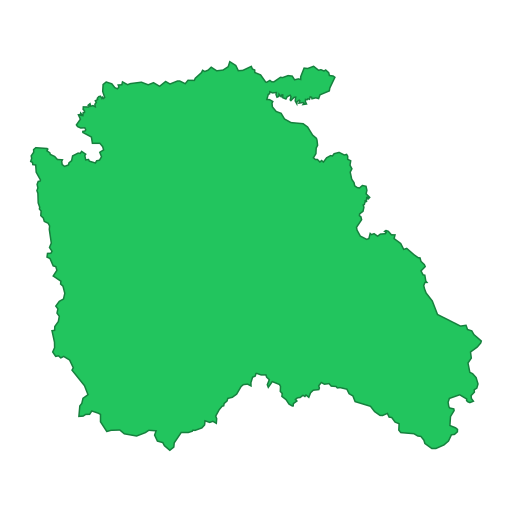 Morafenobe, Melaky, Madagascar
{"feature_id": "10022922B27026898293410", "entity_name": "Morafenobe", "entity_type": "district", "adm_level": 2, "iso_a3": "MDG", "parent_name": "Madagascar", "parent_adm1": "Melaky", "projection": "orthographic", "projection_center": [45.038, -17.912], "detail": "fine", "context": "isolated", "style": "filled", "palette": "green", "viewbox_px": 512, "rotation_deg": 0, "n_neighbors": 0, "source": "geoboundaries", "source_scale": "gbopen_adm2", "svg_char_len": 5889}
<svg xmlns="http://www.w3.org/2000/svg" viewBox="0 0 512 512"><path d="M473.4,401.2L471.4,398.5L471.1,395.6L474.4,392.1L474.2,389.8L476.8,388.1L478.0,384.0L476.1,377.6L472.6,373.7L469.8,372.3L468.0,363.0L471.3,358.1L470.5,352.0L477.3,347.0L480.7,343.0L481.3,341.0L473.9,334.6L471.8,330.9L467.5,329.5L466.0,325.3L460.5,326.1L437.5,314.5L432.3,301.0L426.1,293.0L424.6,289.1L423.7,285.6L424.9,282.5L426.9,282.4L425.8,281.1L424.8,275.2L423.1,274.9L421.0,270.9L425.2,266.6L424.4,264.7L421.0,261.4L420.0,257.9L418.2,257.7L414.2,254.9L406.7,248.4L403.7,249.4L400.7,243.5L394.1,238.6L395.0,234.9L391.4,234.8L388.3,231.3L386.0,230.5L384.6,231.4L386.2,232.4L385.4,233.7L380.4,234.1L377.6,236.2L374.1,233.7L371.4,234.6L370.2,233.5L368.9,238.5L366.8,239.4L360.3,236.1L357.0,230.1L356.5,227.3L361.6,219.7L360.9,216.8L359.4,215.7L359.6,213.9L363.0,211.3L363.9,207.3L363.2,205.0L364.4,204.4L364.9,202.1L366.3,201.5L365.4,200.7L366.5,200.2L366.7,197.5L367.5,197.3L368.2,198.9L369.7,197.4L366.1,193.8L366.9,190.3L366.0,186.3L362.4,185.5L359.5,188.0L357.2,187.6L354.7,185.8L354.0,182.6L351.7,179.2L350.2,172.1L351.9,168.8L350.0,165.2L350.7,160.8L347.7,159.3L347.7,156.2L346.6,154.4L344.3,155.0L339.1,152.4L334.1,153.7L332.4,156.0L330.6,155.6L326.6,157.8L323.4,162.1L321.6,160.5L319.9,162.0L317.4,159.5L315.3,159.5L313.4,157.8L315.9,153.7L316.2,148.0L317.6,145.3L317.0,140.2L316.4,138.3L312.6,135.1L307.6,127.0L303.1,123.7L291.0,122.6L284.5,119.0L281.1,113.3L276.2,111.5L272.4,106.9L272.0,103.2L272.8,101.5L269.5,99.6L266.8,99.5L268.3,94.3L269.6,93.8L269.8,91.7L272.4,92.9L276.4,92.5L276.0,94.5L277.0,97.2L278.8,96.4L279.0,94.2L281.1,96.7L282.0,94.7L282.8,94.9L282.8,97.7L285.9,99.0L287.2,96.7L290.1,95.2L291.0,96.6L290.2,99.9L290.9,100.6L294.1,97.3L295.7,97.1L295.2,100.9L296.8,103.8L297.0,101.7L299.2,100.1L299.9,100.8L299.0,103.1L303.2,102.5L304.0,103.2L303.1,104.5L306.5,104.0L305.4,101.7L305.5,99.4L307.1,99.7L307.9,98.7L309.5,99.3L310.2,96.8L311.6,97.3L312.0,98.8L315.8,97.8L318.6,98.6L320.0,94.8L329.3,90.9L329.8,88.0L334.9,77.3L333.1,76.0L329.4,75.5L328.7,72.7L325.7,70.0L324.0,71.0L320.9,69.7L318.6,70.3L313.6,66.3L307.7,68.5L304.1,68.1L300.7,76.7L300.7,79.5L298.4,78.9L294.6,79.8L292.2,76.1L288.1,75.6L282.6,77.6L280.5,77.3L273.8,81.9L271.7,81.8L269.9,80.4L266.6,82.3L265.6,82.0L260.6,74.9L254.8,72.5L254.7,70.0L252.4,69.0L251.3,66.4L242.8,70.4L238.3,70.7L235.8,65.5L229.8,61.7L228.2,66.7L223.0,70.1L216.7,70.8L211.2,67.2L208.2,70.1L204.8,71.5L202.6,70.3L201.5,72.6L195.2,78.3L194.4,80.4L188.0,80.3L185.2,83.7L179.7,81.0L177.5,81.0L170.0,84.0L165.6,81.5L159.6,86.3L153.5,82.7L148.2,84.8L141.4,82.2L130.4,83.6L127.6,84.7L122.5,81.9L121.8,84.8L118.2,85.0L118.9,87.1L117.4,88.8L114.9,87.7L111.8,83.8L106.2,82.0L103.1,84.5L102.7,91.4L104.7,97.5L103.4,98.5L102.6,97.3L101.9,98.5L100.5,96.2L98.8,96.6L97.3,98.3L97.6,99.5L95.3,100.8L96.3,102.4L94.9,104.2L95.3,106.8L92.9,105.6L90.8,106.3L90.0,103.7L88.2,105.2L89.5,106.0L88.7,107.0L83.3,106.9L83.1,109.4L84.5,110.8L84.5,112.5L83.2,112.6L82.9,115.7L81.0,115.4L81.8,114.6L80.7,113.1L80.4,114.5L78.4,114.8L80.4,119.2L76.4,124.9L77.6,126.6L80.7,128.0L84.8,127.8L85.8,129.8L85.0,131.0L82.8,131.4L82.9,132.5L91.4,137.0L92.4,143.3L99.9,143.3L102.7,146.7L103.6,149.9L99.8,152.3L101.5,156.8L99.5,160.2L96.6,160.8L95.4,163.0L89.4,161.2L88.5,159.5L85.7,159.9L84.8,155.6L85.7,154.2L81.6,151.4L80.3,153.4L78.1,153.1L72.6,155.9L71.6,160.7L69.0,162.8L68.5,164.9L64.6,166.4L62.2,164.6L61.7,161.3L62.4,159.8L57.4,159.5L54.7,156.5L50.3,154.4L49.8,152.8L46.9,150.8L47.8,149.1L47.0,148.5L35.8,147.7L33.6,149.6L33.7,152.2L31.2,155.9L31.7,158.3L30.7,161.5L32.5,162.4L32.8,164.6L35.7,165.0L36.2,172.2L40.5,180.0L40.1,181.1L38.2,181.4L37.1,184.4L37.9,188.0L36.9,190.6L37.9,193.3L38.2,202.9L39.7,207.2L39.4,209.0L41.1,211.0L40.8,215.6L43.3,218.0L44.3,221.4L48.1,223.2L49.6,225.9L49.3,229.4L51.3,243.1L49.5,247.5L52.0,251.3L50.8,253.3L47.5,253.4L47.0,257.1L50.0,258.5L53.2,265.9L55.8,266.6L56.9,270.3L53.2,276.0L60.9,281.2L60.6,284.0L63.0,286.2L64.8,293.3L63.5,299.0L59.3,301.3L55.8,306.1L57.9,308.9L57.0,313.1L59.3,316.3L58.3,321.6L54.8,326.5L54.6,330.4L52.0,330.7L54.5,342.2L54.6,347.7L52.7,352.0L55.7,356.4L58.5,355.8L60.8,357.9L63.7,356.4L69.6,360.0L73.3,367.8L72.0,370.1L84.5,385.7L88.0,394.7L83.0,398.3L81.8,403.4L79.8,406.0L78.9,416.4L83.1,416.1L85.7,414.4L89.6,414.3L91.8,411.0L98.3,413.2L100.5,414.4L100.5,421.8L106.8,431.5L111.0,430.3L119.8,430.0L124.3,433.8L136.6,436.0L145.4,432.6L148.8,430.3L156.1,430.8L154.6,435.1L157.4,441.1L162.8,442.6L164.4,445.7L169.8,450.3L173.8,447.1L174.2,442.9L181.2,432.5L188.3,432.5L192.3,431.2L192.9,430.2L195.0,430.4L201.9,427.9L204.6,424.9L205.0,420.8L209.7,422.4L212.9,421.3L216.3,423.3L216.7,418.7L215.7,416.1L219.2,409.7L222.1,406.2L223.7,405.8L224.1,403.5L227.0,401.0L227.8,398.4L232.3,397.3L236.6,394.2L241.1,386.5L243.4,384.6L247.5,384.1L251.0,385.9L250.9,382.7L252.6,377.2L255.2,376.1L256.0,373.5L256.8,373.4L261.1,374.9L265.9,374.9L266.6,377.1L269.3,379.7L267.3,384.7L268.3,387.3L272.3,381.6L279.5,384.5L280.5,386.4L280.3,391.4L282.2,393.5L281.9,396.4L286.1,399.7L289.0,404.1L292.3,406.0L293.2,405.9L293.4,403.6L296.9,401.0L295.4,399.4L297.5,397.8L300.1,397.5L303.0,395.3L304.9,396.5L306.0,395.0L308.8,397.3L310.6,392.7L313.3,390.2L318.8,389.6L319.4,388.0L318.7,385.8L321.3,382.5L324.4,384.2L329.1,383.6L331.2,386.1L336.1,386.5L337.3,387.9L340.2,387.6L346.9,389.2L349.1,393.7L352.9,395.9L355.1,401.6L370.5,406.3L374.6,411.6L380.0,415.4L382.5,415.5L387.4,413.4L389.1,417.1L391.7,417.5L395.1,422.1L399.1,423.7L398.8,430.1L400.8,432.6L413.9,433.7L417.8,436.0L420.9,436.4L423.9,440.2L424.9,443.5L431.8,448.5L435.9,448.5L444.0,444.9L448.5,441.0L451.4,434.8L454.5,434.4L457.4,431.8L457.5,429.4L455.7,427.9L449.9,425.5L450.5,416.5L454.1,410.6L453.8,408.9L449.7,408.0L448.8,406.6L448.1,402.2L449.4,398.4L459.7,394.8L466.7,399.0L466.6,400.6L467.8,401.8L469.9,402.6L473.4,401.2Z" fill="#22c55e" stroke="#15803d" stroke-width="1.5"/></svg>